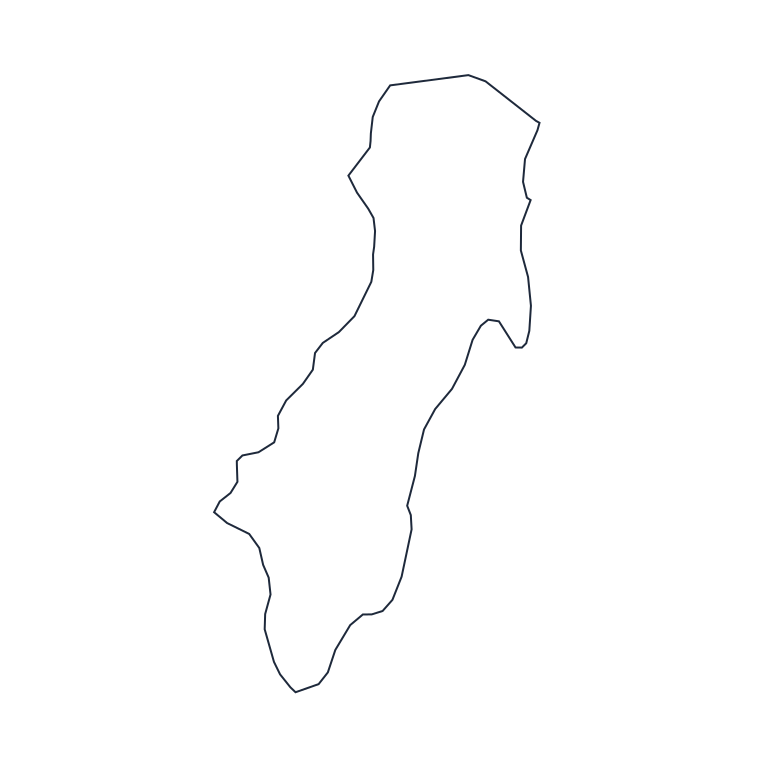 the border of Namentenga, rotated 203°
{"feature_id": "BFA-2824", "entity_name": "Namentenga", "entity_type": "Province", "adm_level": 1, "iso_a3": "BFA", "parent_name": "Burkina Faso", "parent_adm1": "", "projection": "natural_earth1", "projection_center": [-0.489, 13.195], "detail": "fine", "context": "isolated", "style": "outline", "palette": "slate", "viewbox_px": 768, "rotation_deg": 203, "n_neighbors": 0, "source": "natural_earth", "source_scale": "10m", "svg_char_len": 1180}
<svg xmlns="http://www.w3.org/2000/svg" viewBox="0 0 768 768"><g transform="rotate(203 384 384)"><path d="M342.9,685.2L341.9,677.6L342.1,646.2L335.0,624.4L325.3,611.3L320.9,610.6L319.7,583.4L310.2,560.4L293.2,538.8L279.3,513.4L271.0,489.7L269.0,477.1L271.3,471.4L277.2,469.0L302.7,486.6L313.2,483.9L317.6,475.5L319.7,459.3L317.1,433.2L319.5,406.1L327.1,381.0L329.4,357.8L325.4,333.7L319.6,311.4L315.1,281.0L308.1,273.8L301.8,261.0L292.5,213.5L291.9,188.6L296.6,174.5L305.3,167.1L313.4,163.6L320.9,148.9L324.9,120.2L323.0,96.6L326.9,82.2L345.0,65.7L351.6,68.2L366.2,76.1L376.7,85.2L398.0,111.6L403.5,125.8L406.2,145.9L414.5,160.7L424.6,170.3L434.7,184.3L449.5,193.3L474.1,194.7L490.3,199.6L489.3,211.7L482.7,223.7L480.7,236.7L487.8,252.0L489.4,255.6L486.4,262.9L472.9,272.1L462.3,287.4L463.9,301.9L469.2,313.2L467.6,330.7L458.7,352.4L455.1,369.4L459.6,385.6L456.4,397.9L445.8,414.2L437.7,434.9L435.6,473.1L438.4,484.7L444.7,499.0L446.7,506.5L452.0,521.3L458.5,532.7L467.0,539.2L483.6,549.6L498.2,561.9L489.4,596.2L491.3,602.4L494.0,609.5L498.7,625.4L499.0,642.2L495.0,661.3L427.0,701.3L408.8,702.3L346.9,685.6L342.9,685.2Z" fill="none" stroke="#1e293b" stroke-width="2"/></g></svg>